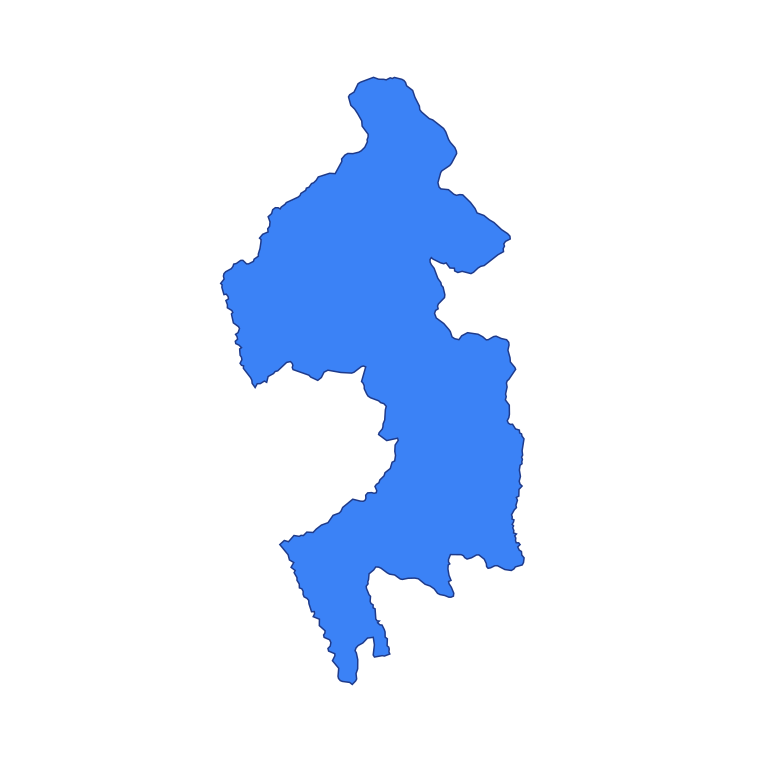 the district of Coração de Jesus, Minas Gerais, Brazil, rotated 287°
{"feature_id": "56859067B17477073660102", "entity_name": "Coração de Jesus", "entity_type": "district", "adm_level": 2, "iso_a3": "BRA", "parent_name": "Brazil", "parent_adm1": "Minas Gerais", "projection": "orthographic", "projection_center": [-44.426, -16.615], "detail": "fine", "context": "isolated", "style": "filled", "palette": "blue", "viewbox_px": 768, "rotation_deg": 287, "n_neighbors": 0, "source": "geoboundaries", "source_scale": "gbopen_adm2", "svg_char_len": 6149}
<svg xmlns="http://www.w3.org/2000/svg" viewBox="0 0 768 768"><g transform="rotate(287 384 384)"><path d="M342.9,261.8L347.2,262.7L348.2,265.6L351.8,268.7L351.3,271.3L357.3,271.0L361.7,275.3L364.1,276.2L365.5,278.5L376.2,284.6L378.1,288.0L376.8,290.3L375.1,291.4L373.0,291.4L371.2,292.8L370.5,309.6L369.2,311.9L368.1,319.6L371.9,322.2L377.8,323.2L380.8,326.3L382.4,339.4L385.0,349.9L386.5,351.9L394.0,357.2L395.2,359.0L395.0,361.5L379.8,361.8L378.7,363.7L376.5,365.6L373.7,366.5L369.5,370.3L367.8,372.2L366.9,375.2L366.4,383.7L365.2,386.3L365.2,389.6L363.3,392.7L359.9,392.8L349.9,395.2L345.6,394.8L342.7,395.5L340.4,395.5L336.1,393.6L334.1,393.6L330.7,403.1L336.1,412.8L334.3,414.1L328.9,412.5L322.8,414.0L319.1,415.9L313.6,416.7L311.5,414.6L305.0,414.7L299.5,410.9L296.2,410.9L291.1,408.1L288.1,408.0L285.8,406.1L283.4,405.3L280.0,408.2L277.8,408.4L276.6,406.5L276.5,403.8L275.1,400.2L272.3,399.0L269.4,400.1L267.3,399.9L265.8,398.5L265.1,395.8L264.7,387.8L253.9,380.6L249.6,380.0L247.5,378.9L243.5,373.7L235.0,371.0L230.8,365.4L225.4,361.6L221.3,359.6L219.8,353.5L215.5,351.2L215.0,348.9L213.5,347.5L212.8,342.2L205.3,338.8L205.2,334.4L200.0,331.3L192.7,342.2L188.1,345.0L186.9,349.9L181.5,348.7L179.7,353.6L177.3,353.2L173.4,357.4L170.8,358.2L168.0,361.4L164.3,362.7L164.1,365.3L162.1,367.3L159.2,368.1L157.1,369.8L156.5,373.0L155.1,375.2L151.9,376.5L145.0,381.3L146.0,383.9L143.9,384.8L140.8,384.3L140.2,391.0L134.0,392.8L130.8,399.8L128.4,400.3L126.3,399.6L124.2,400.8L123.5,406.8L121.2,408.8L117.6,409.2L114.7,407.7L112.4,409.1L111.7,415.8L109.8,416.5L104.3,415.6L98.9,423.8L91.0,425.5L89.1,426.6L87.6,428.9L87.4,431.1L88.6,438.4L87.4,441.5L91.8,443.7L93.9,444.1L98.9,441.9L103.9,442.1L112.7,439.5L118.7,436.2L120.5,434.3L123.4,434.4L126.3,435.7L130.2,439.5L136.2,442.5L138.6,447.8L131.7,451.1L121.7,452.9L120.1,454.7L123.7,461.7L124.0,464.0L127.5,468.5L129.3,467.0L132.0,466.5L133.7,465.5L134.6,463.5L141.3,461.7L142.3,459.1L147.2,457.5L149.2,456.1L152.9,452.6L152.5,450.5L153.8,447.7L155.9,448.8L155.5,446.7L156.8,444.9L166.4,441.2L166.8,439.0L169.6,438.2L170.3,435.7L172.1,434.3L177.0,433.2L178.1,431.3L183.4,427.0L185.4,426.1L188.2,427.2L190.1,426.3L192.5,426.4L198.1,425.2L203.2,428.5L206.6,429.6L207.3,432.2L207.0,435.0L204.4,442.1L203.8,444.9L204.5,450.0L202.3,456.5L202.5,458.7L205.3,463.9L207.4,470.2L207.8,473.8L204.5,481.8L204.3,487.2L202.8,491.9L199.5,496.4L199.0,499.0L199.5,503.9L199.1,508.3L199.7,510.4L201.4,512.4L204.3,511.9L209.2,507.9L212.0,504.6L214.0,503.5L215.8,505.5L220.0,502.1L225.8,499.2L229.7,498.3L231.2,499.5L232.7,497.7L235.0,497.0L240.3,497.4L243.4,507.8L243.0,510.2L241.6,511.9L240.9,514.6L243.4,518.5L247.6,522.5L248.3,524.7L245.8,531.1L242.1,534.4L239.4,535.5L238.2,537.4L239.4,539.7L242.6,543.1L243.4,545.6L241.9,553.8L242.9,560.3L245.1,562.3L247.5,563.1L251.4,569.1L254.1,569.6L258.7,568.8L260.7,565.8L264.0,564.4L264.7,561.9L267.3,559.5L270.2,561.1L271.5,559.2L270.8,556.9L272.8,555.5L275.2,555.1L277.0,553.4L279.3,554.5L279.5,551.4L281.9,551.0L284.1,549.1L286.2,549.4L287.2,547.6L289.9,548.2L292.1,548.0L292.3,545.9L294.4,545.5L296.2,544.2L301.8,545.4L304.5,546.8L306.7,545.6L311.9,545.6L314.2,543.7L316.2,545.7L322.7,543.9L326.8,545.9L328.1,543.3L330.6,541.7L335.5,541.5L341.3,538.6L346.1,537.9L348.1,539.3L350.0,538.5L352.4,538.4L354.3,536.9L356.5,537.4L360.5,535.6L372.5,533.9L374.4,531.3L376.5,530.1L376.9,528.0L379.5,526.9L379.5,522.9L383.1,518.7L382.3,516.6L382.9,514.4L384.9,512.6L388.4,513.2L391.7,512.8L400.4,510.0L404.3,504.7L407.6,504.6L409.9,503.2L417.1,502.6L420.7,500.8L423.1,500.9L424.8,502.0L436.5,505.6L438.1,504.3L442.0,498.4L446.0,496.8L452.6,492.6L457.8,492.2L460.3,491.1L462.2,488.3L461.8,482.9L462.5,477.2L461.4,475.0L456.9,470.8L456.1,468.9L458.0,464.7L459.1,459.4L457.5,448.9L452.8,444.2L448.3,442.7L448.0,438.4L448.9,435.3L453.5,432.1L454.9,430.4L459.3,423.5L462.4,414.7L466.3,411.7L469.4,411.8L471.7,413.8L474.2,412.4L476.5,412.6L484.3,416.6L487.1,416.1L493.9,412.2L495.1,410.1L497.6,408.7L500.8,404.6L509.3,398.1L511.9,394.4L514.0,392.5L516.5,391.6L518.7,392.3L517.8,394.3L516.4,402.8L516.5,406.0L518.0,408.0L514.2,413.1L515.3,417.5L512.8,418.5L512.2,422.0L514.6,425.8L515.0,434.9L517.1,437.0L522.4,440.0L524.8,442.1L526.6,445.2L541.1,455.3L545.5,459.6L548.3,458.4L551.1,458.9L553.0,457.6L555.9,458.5L559.6,462.3L562.2,461.2L563.9,458.3L566.0,451.3L570.6,441.9L571.8,436.7L574.4,430.3L574.8,423.0L578.5,419.7L582.9,413.6L587.9,404.0L587.3,401.1L585.6,398.1L585.9,395.2L588.7,388.8L587.2,381.4L588.5,379.0L592.3,376.7L602.7,376.4L604.8,377.0L612.2,383.0L614.7,384.0L625.6,386.1L627.7,385.2L630.8,382.6L634.5,376.7L636.8,374.2L643.1,369.4L645.8,366.3L650.8,353.4L651.0,349.7L655.2,340.2L656.8,338.0L660.1,336.6L667.3,329.7L673.1,325.6L675.8,318.4L678.7,316.4L680.1,314.3L680.6,312.0L680.2,304.3L678.6,302.7L678.6,300.4L675.5,297.2L675.3,294.7L673.9,289.8L674.2,284.3L665.7,273.2L663.6,271.4L654.4,270.0L650.6,266.6L648.2,266.1L640.8,270.8L638.3,275.6L634.8,279.8L629.1,285.8L624.2,287.7L618.2,295.8L615.5,296.6L612.7,296.4L610.7,297.3L604.7,296.4L600.3,294.0L598.3,292.1L595.2,286.9L593.9,282.0L591.5,279.7L586.8,277.7L584.5,278.6L570.9,275.8L569.6,270.4L562.8,260.6L559.0,259.6L555.9,257.9L554.5,256.1L550.2,254.7L548.6,252.5L546.3,252.5L542.0,248.8L539.7,248.6L537.7,247.3L528.9,237.5L526.9,236.8L523.2,234.0L521.1,233.5L521.6,231.2L520.8,228.5L518.1,226.6L514.1,226.7L510.1,224.3L505.7,227.6L501.4,228.5L498.5,227.4L495.5,228.7L491.7,224.2L487.1,222.3L486.2,224.2L483.8,224.8L477.3,225.8L471.5,225.8L469.5,226.5L465.4,223.3L463.1,223.3L459.3,219.4L458.7,217.4L461.0,212.9L460.3,210.8L456.1,207.6L454.7,205.2L452.3,205.2L449.7,204.3L445.1,199.8L442.8,198.7L440.2,198.9L437.6,200.4L432.4,198.4L431.5,200.2L429.0,200.7L422.7,204.8L423.8,206.9L422.0,209.4L419.9,210.4L417.6,208.4L414.0,211.1L411.1,211.9L409.8,217.0L408.2,218.5L406.4,217.6L398.4,222.1L396.3,228.1L394.8,229.6L390.4,229.4L388.1,227.5L386.4,229.6L384.0,230.9L381.4,229.3L379.3,230.4L378.8,233.9L377.1,237.1L375.3,235.7L369.4,238.0L368.0,239.8L365.7,241.0L361.7,240.3L360.2,242.3L360.3,244.4L357.9,244.9L351.1,254.5L349.0,256.5L346.1,257.7L342.9,261.8Z" fill="#3b82f6" stroke="#1e3a8a" stroke-width="1.5"/></g></svg>